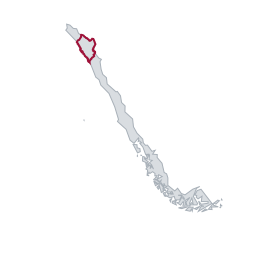 Antofagasta highlighted on a map of Chile, rotated 322°
{"feature_id": "CHL-2695", "entity_name": "Antofagasta", "entity_type": "Region", "adm_level": 1, "iso_a3": "CHL", "parent_name": "Chile", "parent_adm1": "", "projection": "mercator", "projection_center": [-69.6, -23.478], "detail": "fine", "context": "in_parent", "style": "outline", "palette": "rose", "viewbox_px": 256, "rotation_deg": 322, "n_neighbors": 0, "source": "natural_earth", "source_scale": "10m", "svg_char_len": 6610}
<svg xmlns="http://www.w3.org/2000/svg" viewBox="0 0 256 256"><g transform="rotate(322 128 128)"><path d="M139.2,12.6L141.6,11.9L143.6,8.4L145.6,11.2L146.2,15.8L148.6,18.2L147.2,23.2L149.9,27.7L151.4,35.6L155.6,36.5L153.9,41.9L148.1,45.7L148.0,54.8L149.3,57.5L146.8,58.5L142.9,65.3L141.1,70.3L142.0,75.0L138.7,80.5L140.8,92.1L142.1,92.6L141.9,98.0L138.6,104.0L139.3,108.8L135.5,113.4L137.2,123.7L133.0,130.5L131.9,137.7L132.8,145.8L130.9,149.2L131.1,152.4L132.8,153.5L132.5,161.1L135.7,162.3L131.3,163.8L134.7,166.9L132.8,169.2L133.1,176.7L129.1,185.3L130.2,187.9L128.7,191.9L124.1,197.7L126.1,206.4L130.0,206.0L129.7,212.5L131.8,215.8L141.4,216.1L148.6,218.3L144.9,217.7L137.4,222.1L136.4,230.2L135.0,231.1L129.6,226.8L131.9,225.8L132.6,227.8L135.3,222.4L130.3,225.0L129.0,227.6L126.6,225.9L128.1,222.1L134.0,220.8L128.2,220.3L126.2,224.5L123.7,222.7L125.7,221.6L126.2,219.9L122.0,221.1L120.6,217.0L122.8,217.9L127.8,215.7L128.2,218.9L129.1,218.1L129.0,213.8L126.0,211.8L128.7,214.5L124.3,216.4L121.1,213.6L122.3,210.4L118.1,208.9L116.8,206.0L118.7,205.8L118.9,203.5L121.4,207.0L123.0,207.9L123.7,204.5L122.1,207.1L121.1,205.4L122.3,204.7L119.0,202.3L122.2,200.8L120.6,197.9L122.8,197.9L121.6,196.6L122.3,193.6L120.3,196.4L120.4,190.5L122.0,189.6L119.8,189.6L119.2,186.2L125.0,187.3L123.4,183.7L120.9,186.0L118.9,184.1L121.4,183.3L119.7,182.2L121.3,180.4L120.5,177.6L117.2,177.3L117.3,175.7L114.6,177.0L115.2,178.7L113.9,177.0L117.6,173.2L116.9,171.3L121.3,170.5L122.2,168.1L121.9,172.5L120.2,173.6L122.2,173.2L123.3,170.8L122.8,176.1L124.0,171.4L123.3,168.6L127.1,168.4L124.9,166.0L128.4,162.6L128.4,161.5L125.6,159.7L128.0,152.2L127.9,147.1L129.6,148.0L129.2,145.3L127.7,144.9L129.9,143.2L130.1,142.2L123.3,143.8L122.1,138.9L125.7,127.9L123.7,116.4L125.8,115.4L130.6,103.1L134.3,89.0L133.0,77.5L134.9,72.1L133.9,68.1L138.1,54.1L139.3,39.5L138.4,37.8L140.8,28.7L139.2,12.6ZM147.8,221.2L147.7,239.1L132.1,237.0L137.4,234.7L139.7,236.4L137.1,232.9L138.7,229.0L138.7,233.1L144.8,236.6L145.8,235.4L140.5,231.1L144.3,227.3L139.6,227.0L139.1,224.6L140.6,223.5L139.4,222.0L144.0,219.9L147.8,221.2ZM123.1,154.2L120.2,153.5L121.9,144.1L124.8,146.7L123.0,149.3L124.7,151.5L123.1,154.2ZM119.4,191.7L119.2,200.9L117.8,198.8L118.6,196.6L116.9,199.7L114.6,199.3L117.7,191.5L119.4,191.7ZM141.3,241.5L148.6,239.9L147.9,241.6L150.6,245.7L145.1,241.7L144.0,244.0L141.3,241.5ZM123.3,161.2L122.0,162.5L123.2,167.1L121.6,167.5L119.1,162.9L122.1,159.5L123.3,161.2ZM127.2,227.8L130.6,230.5L127.4,233.1L128.0,230.9L125.8,231.9L122.8,228.3L127.2,227.8ZM130.6,232.4L136.4,234.0L131.9,234.5L130.6,232.4ZM155.2,241.6L150.5,242.1L149.4,240.1L154.4,240.1L155.2,241.6ZM119.3,190.5L117.6,190.7L116.1,186.4L118.1,185.1L119.3,190.5ZM116.5,190.7L114.1,190.4L115.4,186.4L116.5,190.7ZM127.9,162.0L124.9,163.8L125.6,160.9L127.9,162.0ZM118.1,213.2L119.5,215.8L118.7,218.3L116.7,214.4L118.1,213.2ZM118.6,222.0L123.7,224.5L126.2,226.8L120.7,224.6L118.6,222.0ZM120.9,169.5L118.7,169.8L120.5,166.5L120.9,169.5ZM134.3,239.4L139.2,239.5L139.8,241.2L134.3,239.4ZM116.7,192.3L115.4,194.6L114.2,194.9L114.4,192.4L116.7,192.3ZM117.8,201.7L116.0,203.7L115.1,203.4L115.7,200.9L117.8,201.7ZM119.4,210.5L117.0,211.4L115.9,213.2L116.5,210.5L119.4,210.5ZM115.8,205.3L115.2,204.4L116.7,204.7L115.8,205.3ZM123.8,164.1L122.9,162.9L123.1,162.3L123.8,162.7L123.8,164.1ZM121.4,215.1L120.4,215.3L119.8,213.9L121.4,215.1ZM117.6,184.5L116.0,184.5L117.6,184.2L117.6,184.5ZM153.8,245.2L154.0,246.9L152.9,246.2L153.8,245.2ZM121.4,157.4L122.2,158.1L121.3,157.7L121.4,157.4ZM153.1,247.3L151.6,247.6L151.5,247.4L153.1,247.3ZM157.9,241.7L157.8,242.6L157.3,242.2L157.9,241.7ZM98.6,94.2L98.1,94.8L98.1,94.7L98.6,94.2ZM118.5,155.5L118.1,156.1L118.0,155.7L118.5,155.5Z" fill="#d9dde1" stroke="#a8b0b8" stroke-width="1"/><path d="M148.3,25.8L148.6,25.9L148.8,26.0L149.8,27.6L149.9,27.9L149.9,29.1L149.9,29.3L150.2,29.8L150.3,30.2L150.3,31.1L150.5,31.3L150.8,31.6L151.0,31.9L151.0,32.0L150.9,32.1L151.1,32.4L151.1,32.5L151.0,32.9L151.0,33.0L151.3,33.5L151.3,33.9L151.5,34.2L151.5,34.3L151.3,35.0L151.3,35.4L151.4,35.6L151.6,35.7L151.7,35.8L151.8,35.9L152.6,36.0L153.0,36.0L153.2,35.9L154.7,35.6L155.5,36.5L155.4,37.0L155.1,38.1L154.8,39.2L154.4,40.3L154.2,40.9L154.1,41.4L154.0,41.7L153.9,41.9L153.6,42.0L153.4,42.1L153.2,42.2L152.6,42.5L152.0,42.8L151.4,43.0L150.8,43.3L150.5,43.4L150.3,43.5L150.0,43.6L149.8,43.7L149.6,43.8L149.5,44.0L149.3,44.3L149.2,44.4L148.9,44.4L148.7,44.8L148.7,45.0L148.5,44.9L148.4,44.9L148.4,45.0L148.3,45.3L148.1,45.8L148.0,46.0L148.1,46.3L148.3,46.4L148.4,46.5L148.5,46.5L148.7,46.8L148.7,47.1L148.8,47.3L149.0,47.6L148.9,47.8L148.7,47.8L148.4,47.8L148.3,48.0L148.2,48.6L147.9,48.7L147.6,48.9L147.5,49.0L147.4,49.0L147.2,49.0L146.8,49.0L146.7,49.0L146.4,49.0L146.0,49.0L145.9,49.1L145.9,49.3L146.0,49.3L146.0,49.5L145.9,49.8L145.7,50.1L145.7,50.3L145.6,50.5L143.9,50.6L143.3,50.4L142.6,50.5L142.3,50.7L141.8,51.0L141.2,51.0L141.0,50.8L140.5,50.9L139.9,51.4L139.7,51.3L139.3,51.4L138.6,51.9L138.2,52.5L138.2,52.4L138.2,52.2L138.0,51.9L137.9,51.7L137.8,51.4L137.7,51.4L137.7,51.1L137.9,51.1L137.9,50.9L137.9,50.7L138.0,50.5L138.1,50.4L138.2,50.1L138.1,49.9L138.2,49.7L138.3,49.7L138.6,49.5L138.7,49.4L138.7,49.1L138.8,49.1L139.0,49.0L139.0,48.9L139.0,48.7L139.1,48.3L139.1,48.0L139.1,47.8L139.0,47.6L138.9,47.6L138.8,47.4L138.9,47.2L139.0,47.0L139.0,46.9L138.7,46.6L138.7,46.3L138.6,46.1L138.6,45.8L138.5,45.7L138.5,45.2L138.6,44.9L138.5,44.7L138.4,44.6L138.5,44.4L138.6,44.1L138.6,43.9L138.6,43.7L138.6,43.4L138.7,43.2L138.8,42.9L138.7,42.8L138.7,42.7L138.8,42.6L138.7,42.4L138.8,42.4L138.8,42.1L138.8,41.9L138.7,41.7L138.8,41.3L138.8,41.1L138.8,40.9L138.8,40.6L139.0,40.3L139.1,40.2L139.3,39.9L139.3,39.7L139.3,39.4L139.2,39.2L138.8,39.0L138.7,39.1L138.6,39.3L138.4,39.2L138.2,39.3L138.2,39.2L138.3,38.9L138.4,38.7L138.3,38.4L138.4,38.2L138.3,37.9L138.4,37.6L138.5,37.6L138.5,37.4L138.5,37.2L138.4,37.1L138.5,36.9L138.6,36.7L138.8,36.6L138.8,36.8L138.9,37.0L139.0,37.0L139.3,36.9L139.5,36.7L139.6,36.4L139.7,36.2L139.8,36.1L139.8,35.9L139.8,35.7L139.7,35.6L139.7,35.4L139.8,35.3L139.8,35.2L139.9,34.9L139.9,34.7L139.9,34.4L139.9,34.2L140.1,33.9L140.0,33.7L140.0,33.3L140.0,33.0L140.1,32.9L140.1,32.2L140.2,31.8L140.2,31.7L140.3,31.7L140.3,31.4L140.4,31.2L140.4,30.9L140.3,30.7L140.5,30.6L140.5,30.3L140.5,30.1L140.5,29.9L140.5,29.6L140.5,29.4L140.8,29.2L140.9,28.9L140.8,28.7L141.3,28.5L141.5,28.5L141.8,28.3L142.1,28.2L142.3,28.2L142.5,28.1L143.1,28.2L143.2,28.3L143.6,28.5L143.9,28.5L144.4,28.3L145.4,27.9L147.0,27.4L147.4,26.9L147.5,26.8L147.6,26.7L148.1,26.5L148.2,26.3L148.3,25.8L148.3,25.8Z" fill="none" stroke="#9f1239" stroke-width="2"/></g></svg>